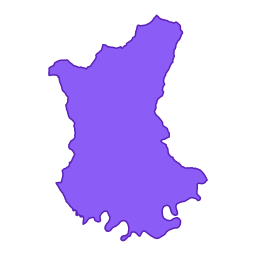 Darlos, Sibiu, Romania
{"feature_id": "2599482B31956564735352", "entity_name": "Darlos", "entity_type": "district", "adm_level": 2, "iso_a3": "ROU", "parent_name": "Romania", "parent_adm1": "Sibiu", "projection": "orthographic", "projection_center": [24.398, 46.22], "detail": "fine", "context": "isolated", "style": "filled", "palette": "violet", "viewbox_px": 256, "rotation_deg": 0, "n_neighbors": 0, "source": "geoboundaries", "source_scale": "gbopen_adm2", "svg_char_len": 5757}
<svg xmlns="http://www.w3.org/2000/svg" viewBox="0 0 256 256"><path d="M207.1,180.1L206.5,178.6L204.2,174.5L202.8,172.7L200.6,170.4L198.0,169.1L196.0,168.6L195.4,168.2L194.0,168.5L192.3,167.8L191.1,167.8L189.3,168.0L187.2,167.9L185.7,168.2L184.2,167.6L183.8,167.1L181.6,166.5L180.5,164.9L179.0,163.3L177.5,162.7L176.5,161.7L175.7,161.4L175.0,160.9L174.5,160.2L173.1,158.8L173.0,157.5L172.9,157.3L171.0,156.8L170.3,156.1L169.0,154.5L168.4,153.3L168.2,152.6L167.8,149.0L166.4,146.2L166.1,144.7L161.7,142.2L160.9,141.2L162.0,139.8L165.5,138.9L166.6,137.9L167.6,137.7L169.2,136.8L169.3,133.3L168.1,131.4L167.3,128.6L165.6,127.3L164.0,126.4L163.2,125.7L162.7,124.6L162.5,122.5L161.8,121.3L159.0,117.7L156.0,114.8L155.0,113.0L154.6,112.1L154.6,111.4L155.3,109.4L156.0,108.1L155.8,106.1L155.8,104.7L156.0,103.9L156.7,102.9L156.7,101.8L156.9,101.0L157.4,100.2L157.9,99.0L159.6,97.7L160.4,96.9L162.1,95.9L162.4,95.5L163.4,92.7L163.5,92.0L162.4,89.8L163.0,86.7L164.6,84.3L163.7,82.1L163.6,80.2L164.1,78.0L165.5,75.2L165.9,73.3L166.9,72.1L167.5,70.9L168.3,70.1L170.9,64.3L171.5,63.6L172.1,62.6L172.8,62.3L172.8,59.9L174.3,56.1L173.7,54.0L174.0,52.5L174.0,50.1L174.5,49.4L175.1,49.0L175.7,47.0L176.0,44.8L177.8,41.1L179.1,39.9L179.8,38.9L181.1,35.7L181.1,35.1L182.5,33.1L182.4,32.0L181.9,31.1L180.7,30.2L180.5,29.8L180.4,26.6L179.9,25.1L178.6,24.1L178.0,23.4L176.5,22.2L175.3,22.3L173.7,23.1L171.7,22.2L169.8,22.1L167.2,20.6L161.5,19.3L160.4,18.7L159.2,17.9L158.1,16.5L156.5,15.4L155.7,16.5L153.8,18.5L152.6,20.5L150.0,22.9L145.6,25.1L140.4,25.8L138.5,25.2L137.8,25.4L137.4,26.1L137.1,26.9L136.7,29.5L135.9,31.3L135.3,35.7L134.9,36.6L132.9,37.6L132.6,38.0L132.2,39.3L131.3,40.4L126.7,43.4L126.1,45.5L124.5,46.0L123.0,47.5L122.7,48.1L121.9,48.0L121.2,47.7L120.9,46.8L120.6,46.8L118.9,47.5L116.3,48.3L113.7,47.5L108.1,46.8L107.9,46.5L106.9,46.2L105.5,45.0L102.9,44.8L102.0,48.6L101.4,50.1L98.6,52.6L96.7,54.0L96.4,54.4L95.9,55.4L96.3,56.8L96.0,57.7L94.8,60.1L92.4,63.4L91.6,64.3L90.9,65.8L89.4,66.6L87.8,67.0L86.4,68.9L84.6,68.0L83.1,67.9L80.7,67.0L79.5,67.5L78.5,67.4L76.1,66.2L75.2,66.2L74.5,65.8L73.8,65.7L71.7,63.8L70.1,62.8L67.7,60.2L67.1,60.0L62.3,60.3L61.3,60.1L59.1,60.7L57.1,61.5L55.4,62.5L54.7,63.0L54.1,64.5L53.5,65.5L49.9,67.4L49.1,68.2L49.2,70.1L48.9,73.2L49.1,75.3L50.1,75.3L52.9,74.9L56.2,75.1L57.4,75.7L58.2,76.5L58.3,77.2L59.2,77.4L59.1,78.5L59.8,82.0L60.8,84.3L61.1,85.4L61.6,86.4L62.0,88.6L62.6,90.6L64.9,92.7L65.4,93.4L66.0,94.8L66.8,95.9L68.0,96.9L68.1,97.2L68.1,98.1L67.7,100.0L67.8,101.7L66.7,104.0L65.8,105.1L65.8,105.5L66.4,107.3L66.5,109.1L67.6,111.6L67.7,112.8L68.3,114.5L68.7,116.4L69.7,118.1L71.7,119.5L73.7,121.6L74.9,123.4L74.3,124.5L73.9,126.0L74.7,128.3L74.8,130.6L75.3,133.1L74.8,134.9L75.0,136.8L74.9,137.5L74.6,138.1L73.5,139.4L71.0,141.0L70.0,142.6L69.6,143.7L68.9,144.6L68.9,147.3L69.2,148.1L69.6,148.6L71.5,149.6L72.4,150.4L73.7,152.3L73.9,153.0L74.7,154.3L74.6,154.7L74.1,155.7L73.3,157.0L71.7,160.7L70.5,162.6L70.1,162.2L69.5,162.8L69.8,163.1L68.7,166.6L67.3,167.2L66.0,168.2L63.7,169.1L62.3,170.6L63.0,174.0L62.8,176.6L62.4,177.7L61.9,180.1L61.0,182.6L58.1,182.5L56.2,183.0L56.8,184.2L57.1,184.4L57.2,184.8L58.1,185.9L58.5,186.9L59.5,188.5L60.2,190.0L61.5,191.5L61.8,192.2L62.8,193.0L63.2,193.9L63.5,194.9L64.5,196.5L64.7,197.3L65.1,198.0L65.1,198.7L65.8,199.8L66.2,201.0L66.2,201.5L68.6,203.8L70.3,206.4L72.3,208.2L73.2,209.4L72.8,210.0L73.5,210.7L74.0,210.7L74.3,210.0L74.7,209.9L75.9,210.9L76.7,211.1L76.7,211.7L76.4,211.6L76.3,211.9L76.4,212.2L77.1,212.6L76.0,213.3L76.1,213.6L76.7,213.6L76.1,214.6L76.2,215.1L76.7,215.2L77.2,214.8L77.7,215.3L78.1,214.6L79.4,214.8L79.8,215.3L79.8,215.8L79.9,216.0L80.7,215.9L80.6,216.5L81.0,217.0L82.5,216.2L83.1,216.4L83.7,218.9L83.3,221.5L83.1,224.0L83.3,224.2L86.1,222.4L88.1,219.4L89.3,218.3L92.8,217.4L93.5,217.4L94.1,217.8L94.7,219.8L95.0,220.3L95.7,220.9L96.9,221.5L98.0,221.8L99.7,221.6L100.5,220.4L100.3,219.1L100.0,217.9L100.1,215.9L100.7,214.8L101.8,213.2L103.5,211.8L104.6,211.2L106.2,211.2L106.7,211.3L107.3,211.8L107.8,212.6L109.1,215.7L109.7,216.6L109.9,217.7L109.8,218.6L109.4,219.9L108.6,221.8L106.6,224.0L105.3,226.3L105.0,228.0L105.1,228.9L106.2,230.6L106.6,231.0L108.2,231.3L109.7,230.8L110.4,230.4L112.8,227.5L116.1,226.0L118.9,223.7L120.3,221.9L121.9,220.8L124.0,220.6L125.7,221.2L126.6,222.0L127.9,224.1L128.7,227.1L128.9,229.3L128.6,230.6L128.2,233.4L127.2,234.5L126.0,235.4L124.9,235.8L123.2,235.9L122.2,236.4L121.6,236.9L121.1,237.9L120.9,238.6L121.0,239.2L121.6,240.1L123.0,240.6L123.5,240.6L124.9,239.9L126.0,239.0L128.2,236.6L129.6,236.3L130.4,235.6L131.1,233.2L131.7,232.3L132.0,232.1L133.7,231.9L135.5,232.5L137.1,234.0L138.6,235.7L139.7,236.1L140.2,235.6L142.6,231.4L143.5,231.0L144.6,231.1L145.7,231.7L150.3,235.3L152.7,236.8L155.1,238.0L156.8,238.4L157.9,238.3L158.9,238.0L164.0,234.9L165.0,234.0L166.4,232.0L167.9,230.7L169.0,230.0L174.0,228.1L177.5,227.8L178.9,226.7L180.0,225.0L180.2,224.1L180.6,221.7L180.5,220.8L179.5,219.2L178.8,218.5L177.6,217.8L176.8,217.7L175.0,218.1L172.8,219.1L172.0,219.9L171.2,220.3L169.6,220.6L167.2,220.3L164.1,218.5L163.4,217.6L162.7,216.0L162.4,214.5L162.2,210.9L162.2,209.8L162.6,208.5L163.6,206.8L164.4,206.2L166.3,205.4L167.5,205.4L168.9,206.0L169.1,206.2L170.1,208.0L171.1,211.5L171.9,213.0L172.7,214.0L174.1,215.0L175.1,215.3L175.9,215.2L177.0,214.7L177.4,213.8L177.4,212.8L177.3,211.9L176.2,208.5L175.9,206.7L176.2,204.9L177.0,203.8L180.0,202.3L185.0,201.1L189.9,198.2L191.8,197.5L195.9,198.7L196.5,199.0L197.8,200.5L198.7,200.4L199.8,199.8L200.4,198.6L200.3,197.7L199.9,197.0L197.5,194.6L197.2,194.2L196.9,192.8L196.9,191.2L197.3,188.1L197.2,184.9L197.4,184.2L197.6,183.7L198.4,183.3L199.9,183.4L201.8,183.7L203.6,183.3L205.1,182.4L206.0,181.1L207.1,180.1Z" fill="#8b5cf6" stroke="#5b21b6" stroke-width="1.5"/></svg>